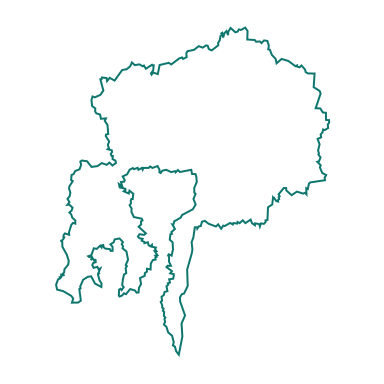 the district of Valparaíso, Zacatecas, Mexico, rotated 357°
{"feature_id": "50627088B82719227645546", "entity_name": "Valparaíso", "entity_type": "district", "adm_level": 2, "iso_a3": "MEX", "parent_name": "Mexico", "parent_adm1": "Zacatecas", "projection": "equal_earth", "projection_center": [-103.872, 22.665], "detail": "fine", "context": "isolated", "style": "outline", "palette": "teal", "viewbox_px": 384, "rotation_deg": 357, "n_neighbors": 0, "source": "geoboundaries", "source_scale": "gbopen_adm2", "svg_char_len": 5959}
<svg xmlns="http://www.w3.org/2000/svg" viewBox="0 0 384 384"><g transform="rotate(357 192 192)"><path d="M53.6,272.3L51.4,277.6L52.2,282.4L58.2,284.3L66.0,289.4L67.8,292.2L66.3,296.2L72.4,296.5L75.3,294.7L74.4,283.0L75.7,282.4L75.4,280.5L78.7,273.9L83.6,271.2L86.9,271.0L90.3,278.3L96.5,282.1L96.9,278.8L95.0,275.3L93.7,269.1L94.9,268.4L94.4,267.7L96.5,263.4L94.6,264.2L93.6,261.8L89.8,262.6L88.6,259.7L89.6,257.8L92.2,257.0L92.1,254.8L91.9,254.7L91.7,255.3L91.0,255.9L89.3,253.0L87.4,254.7L88.9,251.9L88.3,251.1L85.9,251.6L85.0,250.7L88.2,249.8L91.0,243.1L93.9,243.8L97.5,240.8L98.7,242.5L99.1,240.6L100.6,240.3L100.8,242.4L102.4,244.0L106.9,244.7L107.7,246.6L109.6,246.6L109.8,242.5L107.8,240.0L111.3,238.0L112.2,235.3L117.2,234.6L120.4,238.4L119.1,240.5L120.3,242.6L119.7,244.6L123.4,247.9L124.6,256.3L122.0,261.4L123.1,262.6L121.7,264.6L122.1,269.6L119.8,270.8L118.4,275.7L117.4,281.4L118.8,283.5L116.6,286.3L115.6,284.9L114.1,285.7L113.5,291.7L114.2,292.6L116.8,291.7L118.8,289.6L120.7,290.6L125.2,285.7L129.9,287.4L131.4,289.6L133.4,289.5L134.0,285.0L136.3,281.3L135.6,275.2L140.4,273.2L140.7,270.5L142.8,269.2L143.0,266.3L146.6,267.2L147.1,261.4L149.3,258.0L152.1,257.6L152.0,255.4L153.2,254.9L152.1,253.6L154.2,253.3L151.6,249.1L153.3,249.1L152.1,247.0L153.0,245.6L149.2,244.6L149.2,242.7L147.6,244.1L145.9,242.9L145.3,239.9L141.8,240.6L141.8,239.4L139.2,238.0L140.2,236.2L137.1,235.5L135.7,233.7L137.3,231.4L141.9,232.3L143.8,230.9L136.9,223.9L139.5,221.8L139.5,218.7L141.1,217.8L140.4,216.0L132.7,214.0L130.5,208.8L130.8,205.2L129.0,202.0L130.4,200.2L130.4,197.3L131.1,195.8L132.4,196.0L133.3,190.7L129.6,187.4L128.8,190.2L123.9,187.7L125.7,186.5L125.6,185.3L120.0,183.6L119.5,180.3L122.8,183.2L121.6,178.3L124.7,178.1L125.5,176.7L123.6,172.8L128.1,171.0L130.9,166.5L134.2,165.0L135.2,166.2L139.0,165.0L139.7,167.0L143.3,165.3L143.9,167.1L144.8,165.4L150.0,165.7L151.5,164.3L153.7,165.9L159.0,164.3L160.7,168.1L160.5,170.6L161.7,171.4L163.4,169.2L167.3,168.5L172.3,171.0L176.2,170.3L176.7,171.5L179.1,169.3L180.9,171.4L192.4,169.8L193.0,174.0L196.4,174.3L197.1,176.8L197.3,182.2L194.4,188.1L194.3,192.7L195.5,194.1L193.1,199.0L195.0,204.7L191.9,209.3L180.8,214.5L179.4,217.0L172.8,220.3L171.5,223.9L170.8,223.6L173.0,228.1L169.3,231.0L169.8,232.7L168.2,233.1L167.3,238.5L170.0,241.2L170.0,248.3L168.3,254.5L165.6,253.0L164.8,254.1L165.7,255.7L165.4,260.3L167.1,264.6L163.7,264.4L162.6,265.6L167.8,270.0L166.0,272.1L169.5,273.1L169.3,275.0L168.7,277.6L164.6,278.0L165.3,281.3L163.1,281.9L163.4,283.4L161.6,284.7L162.3,289.7L159.4,290.4L158.4,293.5L156.1,295.0L156.4,299.0L155.0,300.1L156.3,303.3L156.2,305.9L157.5,306.9L156.7,309.1L157.9,310.2L157.4,314.3L158.8,316.0L157.8,317.6L158.4,320.1L157.0,322.9L159.4,325.3L160.9,331.0L164.6,334.5L165.9,341.1L164.9,344.2L166.9,345.6L167.8,350.1L170.3,353.8L174.8,335.9L174.7,322.7L178.6,314.9L174.4,300.7L174.5,296.6L176.4,293.6L178.8,292.9L182.8,285.6L183.1,269.2L188.7,252.8L189.4,249.2L189.0,242.1L191.0,237.4L193.0,227.4L195.2,227.5L195.4,228.8L196.9,226.7L199.0,226.5L200.4,222.2L203.3,221.5L206.9,224.6L214.1,227.7L216.4,225.7L219.2,230.2L221.5,227.2L222.8,227.7L228.5,224.9L231.1,226.6L231.7,225.2L235.4,225.9L235.9,224.3L237.9,225.6L241.2,222.9L243.7,225.9L249.1,222.6L250.3,226.3L253.1,228.5L253.4,226.6L257.5,227.6L258.0,230.0L259.2,227.0L262.1,227.6L264.1,225.6L263.9,224.2L265.9,223.8L267.1,211.2L271.5,208.7L272.6,201.8L273.6,203.5L273.0,201.2L275.7,205.5L277.4,206.0L277.2,204.8L278.7,203.7L278.2,201.8L279.3,201.0L278.4,198.8L283.8,192.9L286.2,193.0L286.3,195.4L291.3,200.4L296.8,197.1L302.8,199.4L304.9,198.7L306.2,200.3L306.3,194.2L307.8,195.1L309.2,189.8L310.6,188.6L325.4,187.2L325.2,184.7L326.9,182.1L323.0,179.7L321.0,174.1L321.9,172.0L318.7,168.4L320.4,168.0L322.2,164.2L320.2,161.2L320.8,160.2L320.1,157.2L321.9,151.0L320.2,145.6L323.8,144.2L323.5,141.3L325.5,139.2L326.2,136.4L327.9,137.1L331.3,135.2L331.1,131.7L332.6,129.9L332.6,127.4L329.6,127.0L329.9,119.9L326.8,119.4L324.5,115.3L319.9,114.8L325.6,100.4L324.8,97.8L319.0,93.7L320.6,80.1L314.1,79.7L311.8,78.2L311.3,75.6L307.9,71.4L305.9,73.1L302.9,72.0L303.2,71.2L301.8,71.7L295.1,66.2L288.5,63.8L283.2,67.9L282.5,63.5L278.9,59.2L277.2,54.0L275.6,53.5L276.4,50.0L275.2,45.1L271.9,44.4L269.2,46.9L267.6,45.2L263.9,45.3L262.6,43.5L255.2,42.6L255.9,34.1L253.7,30.6L249.4,32.7L247.3,32.1L246.0,34.2L243.7,34.8L239.1,30.2L236.6,33.9L236.2,37.2L234.8,33.1L232.7,35.1L231.2,39.4L230.5,34.6L229.6,35.1L230.5,36.6L228.7,37.5L227.7,41.8L225.9,44.5L225.9,46.9L219.1,51.6L216.2,50.1L215.4,46.8L213.8,46.3L210.3,48.4L206.4,46.7L201.4,50.2L194.9,51.1L193.6,53.1L193.7,57.1L190.0,58.6L189.1,57.1L186.1,58.0L178.0,63.5L175.4,61.8L166.3,63.5L164.0,72.5L159.6,70.7L157.8,72.7L157.2,71.4L159.6,68.5L160.4,63.5L158.2,63.5L159.5,62.4L152.4,66.5L150.6,63.2L149.4,63.9L146.2,61.8L141.5,62.3L138.8,59.5L136.8,63.3L133.1,66.0L128.7,66.5L120.5,76.7L115.8,73.7L113.0,76.8L112.6,73.7L108.1,72.9L107.6,74.5L106.4,74.6L108.8,86.1L105.6,90.2L99.9,92.4L97.7,91.4L96.4,94.9L96.8,101.0L99.8,103.4L99.5,106.5L100.6,108.5L104.2,109.8L104.9,114.1L109.9,114.0L108.6,116.4L111.1,120.6L111.4,129.7L109.1,130.2L108.8,131.6L111.9,137.2L110.4,140.8L111.4,143.9L110.1,144.8L114.1,146.2L114.3,147.9L112.8,149.8L113.7,152.0L114.8,151.9L114.4,155.0L117.2,156.7L117.6,159.0L114.0,161.4L111.1,158.3L108.2,160.4L103.4,158.4L99.0,161.2L93.0,161.7L88.8,155.8L83.6,154.8L82.1,155.7L82.7,159.0L80.9,163.4L76.4,165.0L74.6,168.0L72.6,168.7L71.9,173.8L73.5,174.9L69.9,179.8L69.4,182.1L70.5,186.4L69.5,190.0L67.3,192.4L69.1,195.7L66.9,198.3L68.8,198.2L71.9,201.4L70.8,204.3L68.5,206.0L70.2,208.0L71.1,211.4L74.0,214.3L73.8,217.5L71.5,216.6L69.7,218.6L67.0,226.0L67.1,228.3L63.0,226.7L61.7,228.0L61.2,230.2L62.0,230.6L61.0,232.3L59.3,234.0L58.1,233.4L59.8,235.1L59.7,239.8L63.7,248.1L65.3,254.3L64.6,258.0L60.6,262.4L60.1,265.6L59.0,266.6L59.5,268.3L57.3,268.8L57.3,267.6L57.0,267.6L56.9,270.2L55.4,270.2L55.7,271.4L53.6,272.3Z" fill="none" stroke="#0f766e" stroke-width="2"/></g></svg>